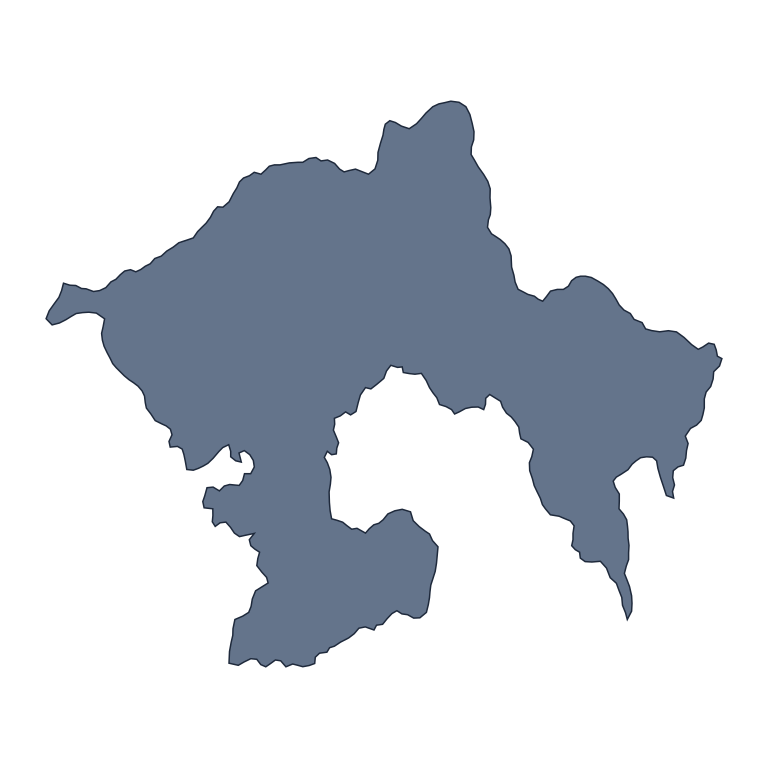 Paraopeba, Minas Gerais, Brazil
{"feature_id": "56859067B72424561041382", "entity_name": "Paraopeba", "entity_type": "district", "adm_level": 2, "iso_a3": "BRA", "parent_name": "Brazil", "parent_adm1": "Minas Gerais", "projection": "natural_earth1", "projection_center": [-44.448, -19.279], "detail": "fine", "context": "isolated", "style": "filled", "palette": "slate", "viewbox_px": 768, "rotation_deg": 0, "n_neighbors": 0, "source": "geoboundaries", "source_scale": "gbopen_adm2", "svg_char_len": 5656}
<svg xmlns="http://www.w3.org/2000/svg" viewBox="0 0 768 768"><path d="M630.3,313.5L624.0,310.1L619.2,305.0L616.0,299.2L612.5,293.5L608.3,288.7L603.5,284.6L597.9,281.1L591.4,277.5L585.4,276.2L580.6,276.2L576.1,277.3L571.6,280.7L568.4,286.2L563.4,289.4L557.3,289.4L550.5,291.1L546.5,296.5L542.7,301.2L538.2,299.2L534.4,296.2L527.9,294.4L523.4,292.0L518.1,289.3L515.1,282.0L513.9,275.2L511.6,267.1L511.1,255.9L508.9,248.9L504.9,243.7L500.3,239.6L496.3,236.9L491.5,233.8L487.5,227.3L488.4,219.9L490.3,214.6L490.8,207.7L490.0,197.9L490.2,188.8L487.8,181.4L483.7,174.5L478.2,166.8L474.5,160.2L471.1,154.5L471.4,146.9L473.7,139.9L474.0,131.7L472.2,123.4L469.9,114.5L465.9,106.7L459.1,102.3L450.8,101.2L444.5,102.7L438.8,103.9L432.8,106.7L426.0,113.0L421.5,118.3L416.6,123.7L409.2,128.7L401.4,126.1L395.4,122.5L389.8,120.7L385.3,124.2L383.9,129.3L383.0,135.2L380.5,143.1L378.0,152.4L377.8,160.2L375.0,168.9L368.5,174.2L361.6,171.5L355.5,169.1L348.8,170.6L344.1,171.9L339.6,169.1L334.6,163.4L327.6,160.0L321.0,160.9L316.0,157.5L308.9,158.5L302.8,162.3L297.7,162.3L289.3,162.9L279.9,164.9L274.3,164.9L269.3,166.2L265.8,169.8L261.0,174.2L254.2,172.3L249.5,175.7L243.5,178.0L239.5,181.9L236.9,187.8L233.4,193.4L229.1,201.8L222.9,207.2L217.6,206.8L213.6,211.2L210.5,217.2L206.1,223.2L202.3,226.9L197.7,231.5L193.3,237.9L187.2,240.0L178.9,242.7L173.1,247.2L166.7,251.1L161.3,256.1L154.8,258.5L150.2,263.8L145.3,266.2L140.8,269.5L135.8,271.8L130.5,269.7L124.7,271.0L120.4,274.6L115.9,279.3L110.9,281.9L105.9,287.6L99.6,290.6L93.5,291.5L86.1,288.8L81.5,288.5L75.8,285.5L69.9,285.2L63.5,283.2L61.6,290.6L58.9,297.4L53.9,304.2L49.2,310.8L46.1,318.7L52.1,324.9L59.4,323.0L65.9,319.7L71.2,316.4L76.2,313.5L82.6,312.6L88.8,312.2L96.4,313.1L104.6,318.8L103.1,326.8L101.6,333.4L102.4,340.2L104.1,346.3L107.1,352.6L110.4,358.8L112.7,363.6L116.2,367.7L120.7,372.2L124.3,375.8L129.0,379.7L133.5,382.7L138.0,386.1L142.1,390.9L144.5,396.0L145.3,402.8L146.4,408.1L150.9,414.0L155.2,420.6L161.6,423.8L166.2,425.9L170.4,429.2L172.0,434.8L169.0,441.4L170.2,447.1L177.5,446.4L182.2,449.1L183.9,454.5L185.3,461.2L186.8,469.5L193.3,470.2L198.3,468.4L203.3,466.0L207.9,463.3L213.1,458.3L218.9,451.5L222.7,447.6L228.7,444.7L230.7,451.3L230.7,456.8L235.7,460.8L241.3,462.1L239.0,453.0L244.3,450.6L249.8,454.7L253.3,460.4L254.3,467.0L250.7,473.7L244.5,473.7L242.7,480.5L239.2,485.4L234.5,485.0L229.7,484.5L224.3,486.0L219.4,490.9L213.1,487.1L207.0,487.7L204.8,495.7L202.8,501.6L204.1,507.8L212.8,508.8L212.9,515.6L212.3,521.8L215.2,526.4L220.1,522.8L225.9,522.1L230.4,527.2L234.4,533.1L239.5,536.6L245.3,535.3L254.3,533.4L249.3,539.7L250.8,545.7L254.8,549.1L259.6,552.2L257.8,558.6L256.8,565.6L261.8,572.1L266.6,577.4L268.1,583.0L263.1,586.1L255.6,590.8L252.3,599.0L251.1,606.4L248.7,612.4L242.6,616.2L234.9,619.5L233.0,628.7L232.8,635.3L231.2,642.2L229.5,651.5L229.0,663.2L238.3,665.3L244.2,661.9L250.8,658.7L256.8,659.3L260.8,664.6L265.8,666.8L270.6,663.5L275.4,660.0L280.7,660.8L285.9,666.8L292.7,664.0L297.4,665.2L302.8,666.7L309.2,665.5L314.7,663.5L315.3,657.2L319.5,653.2L326.9,652.2L329.6,647.7L334.4,646.2L340.4,642.2L348.7,637.9L354.2,633.7L358.9,628.2L365.3,626.9L374.0,630.0L376.5,625.2L382.6,624.3L387.1,618.7L391.9,613.6L396.9,610.7L401.9,613.9L407.6,614.7L413.7,618.1L419.9,617.8L426.4,612.4L428.3,604.7L429.5,597.6L430.0,591.6L430.8,585.1L433.0,578.3L435.2,571.4L436.5,563.1L437.3,554.5L438.0,546.8L432.5,540.6L429.5,534.0L425.4,531.3L419.2,526.6L413.2,520.7L410.5,511.8L402.2,509.3L394.8,510.8L387.9,513.9L383.1,519.8L378.8,523.3L373.8,524.8L369.3,528.7L365.5,533.1L357.0,528.3L351.7,529.2L347.1,525.8L342.7,522.2L337.1,520.3L331.6,518.8L330.1,510.6L329.4,502.3L329.1,491.9L330.4,484.1L331.0,477.3L329.8,469.5L327.3,462.7L324.3,457.4L327.3,451.3L331.6,454.7L336.3,453.9L336.8,448.1L338.6,442.8L336.4,437.2L333.4,430.1L334.7,424.2L334.4,418.3L340.3,415.9L345.6,411.9L350.6,414.9L356.0,411.5L358.2,402.6L360.4,395.0L365.5,387.6L370.9,388.9L376.7,384.4L383.8,378.4L386.5,371.0L390.8,365.3L397.6,367.4L402.2,366.9L403.3,372.5L409.4,373.6L414.9,374.2L421.4,373.4L426.2,380.5L429.5,387.6L433.1,393.0L436.8,397.7L439.5,404.5L446.1,406.6L451.6,409.6L454.6,414.0L459.2,411.9L465.4,408.5L471.7,407.2L478.2,407.0L483.7,409.6L485.5,404.3L485.7,398.3L489.7,394.5L494.8,397.7L500.6,401.3L502.6,407.2L506.5,413.2L511.3,417.0L515.0,421.5L518.8,427.1L519.6,433.1L520.9,438.8L528.1,442.4L533.4,449.2L531.8,456.6L529.4,462.7L529.7,470.7L532.4,478.6L534.2,485.6L536.9,491.3L540.4,498.4L542.4,504.6L545.4,508.8L550.4,514.8L559.0,516.2L565.1,518.8L570.3,520.9L574.1,525.8L573.0,533.4L573.0,539.7L571.7,545.7L575.3,549.7L579.6,552.2L580.3,558.1L585.1,561.6L591.9,562.0L600.4,561.3L606.5,568.1L610.2,577.7L616.4,583.3L619.0,590.4L621.8,597.5L622.5,605.3L625.5,612.7L627.3,619.5L631.6,611.2L632.0,603.3L631.6,595.8L629.5,586.5L626.7,579.2L624.4,573.4L626.3,566.0L628.6,559.6L628.6,552.7L629.0,545.3L628.1,538.2L628.0,531.7L627.5,526.2L626.7,519.8L623.5,514.1L619.0,508.8L619.3,501.1L619.3,494.0L615.2,487.4L613.2,481.1L616.3,477.1L621.8,473.8L628.0,469.7L632.1,464.2L636.1,460.8L640.6,457.7L646.6,456.8L652.6,457.2L656.6,460.8L657.9,468.4L660.4,477.3L663.5,486.6L666.4,495.5L673.7,498.1L672.5,491.5L674.5,485.0L672.7,477.6L673.3,470.7L678.0,466.9L683.5,465.2L685.8,458.1L686.5,450.6L688.1,443.5L685.3,436.1L690.5,428.4L696.6,425.1L701.2,420.4L702.9,414.6L704.3,407.9L704.3,398.9L706.1,392.1L710.7,386.5L713.1,379.0L713.7,371.7L719.5,366.0L721.9,358.6L717.4,356.2L716.2,349.9L714.2,344.3L708.6,343.1L702.8,347.0L698.2,349.3L691.6,344.6L684.1,337.5L676.5,331.9L668.4,330.7L659.7,331.8L651.7,330.6L645.6,328.9L642.1,322.6L634.1,319.4L630.3,313.5Z" fill="#64748b" stroke="#1e293b" stroke-width="1.5"/></svg>